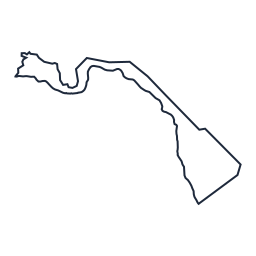 Khazarasp, Khorezm, Uzbekistan (Natural Earth projection)
{"feature_id": "79887680B22974802062613", "entity_name": "Khazarasp", "entity_type": "district", "adm_level": 2, "iso_a3": "UZB", "parent_name": "Uzbekistan", "parent_adm1": "Khorezm", "projection": "natural_earth1", "projection_center": [61.541, 40.963], "detail": "fine", "context": "isolated", "style": "outline", "palette": "slate", "viewbox_px": 256, "rotation_deg": 0, "n_neighbors": 0, "source": "geoboundaries", "source_scale": "gbopen_adm2", "svg_char_len": 1945}
<svg xmlns="http://www.w3.org/2000/svg" viewBox="0 0 256 256"><path d="M205.1,128.7L199.3,129.7L166.0,95.5L147.6,76.3L129.7,61.8L109.2,62.3L86.8,58.0L76.0,69.1L78.0,81.2L76.7,85.9L72.5,87.9L68.6,87.2L67.4,84.2L63.1,84.9L60.1,80.1L59.8,73.2L57.6,69.2L57.1,64.0L54.8,63.0L52.3,63.7L44.2,61.8L38.9,57.8L36.8,54.6L30.5,53.8L29.3,52.2L26.9,54.4L24.8,53.1L21.7,53.2L21.6,55.9L26.2,57.7L23.4,59.4L22.3,61.8L23.3,65.3L18.1,68.6L18.3,72.8L15.4,76.4L15.4,76.5L16.8,76.6L17.8,76.2L18.0,76.1L19.4,76.0L23.0,76.4L26.2,76.1L27.2,76.2L30.9,76.8L34.1,76.7L35.1,77.7L35.9,78.6L36.0,78.9L36.5,79.7L38.4,81.5L40.5,81.5L42.6,81.0L42.9,81.0L44.9,80.9L46.1,81.4L47.1,82.3L48.0,83.2L48.2,83.4L48.4,83.7L51.4,86.9L53.0,88.3L54.0,88.9L55.1,89.5L58.1,90.4L63.1,92.8L65.3,93.3L66.2,93.0L66.9,93.4L70.4,93.6L71.2,93.3L72.3,93.6L77.7,93.0L78.2,92.6L79.0,92.6L81.6,92.1L83.2,91.0L84.3,89.9L85.0,88.7L85.7,87.0L86.3,85.0L86.6,82.2L87.1,81.4L88.1,79.7L88.2,77.9L87.8,73.7L87.9,71.6L89.0,69.3L90.6,67.0L92.1,66.1L93.8,65.9L99.5,66.9L101.4,67.7L104.7,69.6L107.1,70.3L112.9,70.7L117.1,69.0L118.7,69.0L120.5,70.0L121.4,71.0L122.7,73.2L123.6,76.1L124.9,77.3L126.5,78.3L128.6,79.1L132.8,79.5L134.3,80.4L137.9,84.4L139.4,86.2L140.9,87.8L144.5,90.2L145.8,90.9L149.4,92.0L155.6,98.1L159.5,100.3L161.1,103.0L162.3,106.3L162.1,107.9L161.7,109.2L162.1,110.0L162.6,110.9L164.1,111.7L166.0,112.1L169.6,114.0L170.7,114.5L172.1,115.8L173.2,117.4L174.1,119.9L174.0,121.9L174.6,124.1L176.3,124.8L177.0,126.0L176.8,127.4L176.3,131.0L176.5,134.0L176.9,135.6L177.0,136.8L177.1,139.8L177.6,141.3L177.8,147.5L177.6,149.8L177.3,151.1L177.8,154.1L177.6,154.9L178.6,156.8L181.6,161.3L182.5,164.5L184.0,166.8L184.5,175.4L185.5,177.9L187.1,179.4L187.7,179.8L189.4,182.2L189.9,183.0L191.4,185.8L192.4,188.5L192.6,188.9L193.6,191.1L193.8,194.3L194.3,196.3L194.7,197.3L196.7,200.6L197.0,201.4L198.0,203.1L198.6,203.8L237.5,175.0L240.6,164.5L205.1,128.7Z" fill="none" stroke="#1e293b" stroke-width="2"/></svg>